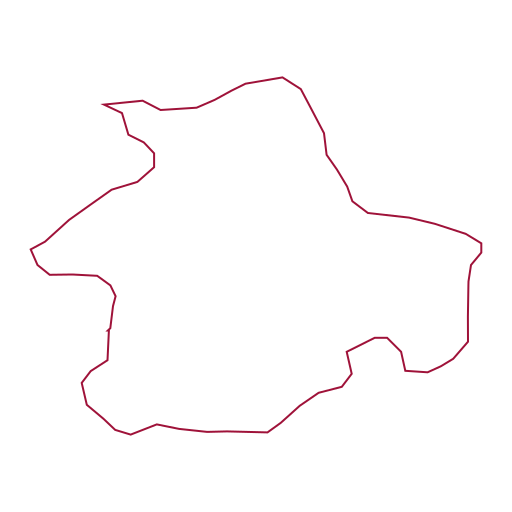 outline of Nora, Orebro, Sweden
{"feature_id": "70781695B8757223654229", "entity_name": "Nora", "entity_type": "district", "adm_level": 2, "iso_a3": "SWE", "parent_name": "Sweden", "parent_adm1": "Orebro", "projection": "equal_earth", "projection_center": [14.906, 59.57], "detail": "fine", "context": "isolated", "style": "outline", "palette": "rose", "viewbox_px": 512, "rotation_deg": 0, "n_neighbors": 0, "source": "geoboundaries", "source_scale": "gbopen_adm2", "svg_char_len": 999}
<svg xmlns="http://www.w3.org/2000/svg" viewBox="0 0 512 512"><path d="M107.9,330.5L108.9,330.5L107.5,360.2L90.7,371.1L81.7,382.9L86.8,404.8L103.6,418.9L115.2,429.9L130.7,434.6L132.2,434.0L156.8,424.4L179.1,428.9L207.2,431.9L227.0,431.4L267.5,432.4L280.7,422.9L299.7,405.8L318.6,392.8L341.8,386.8L351.7,373.8L346.7,351.8L374.7,337.8L387.1,337.8L401.1,351.8L405.3,370.8L427.6,372.3L440.8,366.3L453.2,358.8L468.0,341.7L467.9,316.8L468.4,285.3L468.5,281.4L471.0,265.0L481.3,252.6L481.3,243.3L465.8,233.9L434.8,223.8L409.1,217.6L367.9,213.0L352.4,201.3L347.2,186.6L336.9,169.5L326.6,154.8L324.0,133.2L309.8,106.1L300.8,89.1L282.5,77.4L245.5,83.7L231.4,90.7L214.6,99.9L196.6,107.7L160.6,110.0L142.6,100.7L104.0,104.6L122.0,113.1L128.4,134.7L143.8,142.4L154.1,153.3L154.1,167.2L137.4,181.9L111.6,189.7L89.7,205.2L69.1,219.9L45.0,241.7L30.7,249.4L37.5,265.0L49.7,274.8L72.4,274.5L97.2,275.8L110.4,285.4L115.6,296.2L113.0,306.1L110.3,328.2L107.9,330.5Z" fill="none" stroke="#9f1239" stroke-width="2"/></svg>